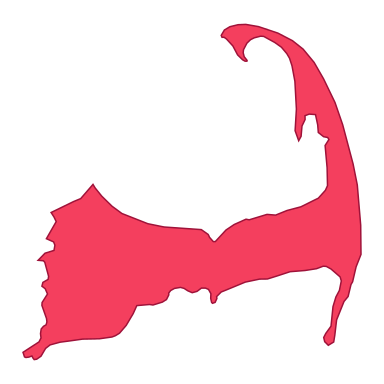 the district of Barnstable, Massachusetts, United States of America
{"feature_id": "52423323B82031073374827", "entity_name": "Barnstable", "entity_type": "district", "adm_level": 2, "iso_a3": "USA", "parent_name": "United States of America", "parent_adm1": "Massachusetts", "projection": "orthographic", "projection_center": [-70.291, 41.798], "detail": "fine", "context": "isolated", "style": "filled", "palette": "rose", "viewbox_px": 384, "rotation_deg": 0, "n_neighbors": 0, "source": "geoboundaries", "source_scale": "gbopen_adm2", "svg_char_len": 2361}
<svg xmlns="http://www.w3.org/2000/svg" viewBox="0 0 384 384"><path d="M34.2,359.6L36.7,359.2L41.0,356.2L45.6,348.4L50.1,344.9L60.0,342.2L69.9,340.9L82.7,339.1L82.8,339.1L83.2,339.1L94.7,338.9L95.1,338.9L96.8,338.8L99.2,338.8L112.0,337.0L115.4,335.7L119.5,333.2L126.2,325.4L131.0,317.3L133.2,313.6L136.8,305.6L149.5,304.5L153.0,305.0L162.4,302.1L166.5,299.5L168.8,294.9L168.7,293.1L170.7,290.5L174.5,288.4L180.5,287.4L184.1,288.4L187.8,290.8L192.2,292.7L197.0,291.4L201.4,288.1L205.5,288.1L208.5,289.4L210.9,293.7L210.7,298.4L211.6,302.4L212.5,303.3L215.1,302.4L216.9,298.5L216.6,296.6L221.2,292.0L225.7,290.2L245.3,282.1L259.6,279.1L267.4,279.0L277.6,275.8L290.1,271.7L305.0,270.5L316.5,268.7L323.2,266.2L326.3,266.4L331.0,269.0L340.1,276.9L341.3,280.9L339.4,290.4L335.9,297.0L333.0,306.6L331.0,326.2L325.8,333.4L323.7,337.5L324.7,341.7L328.3,345.3L333.7,342.0L334.8,335.3L336.6,319.9L344.0,301.5L348.1,296.5L351.0,284.5L352.6,281.8L356.1,266.8L361.0,254.4L360.7,225.2L357.3,185.0L353.1,164.0L342.7,124.8L335.0,102.5L323.6,78.9L314.1,62.4L303.1,49.1L292.5,40.7L277.9,33.1L258.5,26.6L245.8,24.4L238.1,24.7L229.9,26.7L224.4,30.0L221.2,35.4L222.0,37.3L224.1,37.3L226.5,39.0L232.9,46.0L237.6,54.9L242.6,59.8L245.1,61.2L246.9,61.2L247.1,60.4L244.2,56.7L243.2,52.8L243.5,49.7L246.9,43.2L250.5,39.7L254.3,37.8L260.6,36.2L263.7,36.4L274.8,42.5L281.4,47.2L286.8,53.6L289.5,58.2L292.0,65.8L294.9,81.4L296.4,109.1L295.1,130.7L298.7,140.7L301.1,136.3L302.0,126.0L305.1,119.5L305.0,115.7L309.2,114.1L315.5,114.6L317.7,124.9L318.3,132.5L323.6,136.7L327.7,137.5L328.9,139.5L325.1,145.5L327.1,167.8L327.5,185.7L325.4,190.3L318.3,198.2L314.6,200.0L300.9,206.8L287.0,210.5L275.6,215.1L267.0,214.4L249.2,219.8L246.0,219.2L234.2,224.5L226.0,230.0L215.3,241.6L213.3,241.6L209.5,237.3L208.9,235.9L208.2,234.5L201.3,229.6L164.2,227.0L160.6,226.3L147.8,223.7L121.9,213.5L112.0,206.2L101.7,196.1L95.1,187.9L93.0,184.4L80.7,198.6L73.7,201.5L51.1,212.5L54.0,217.0L56.2,221.6L46.4,238.7L53.6,241.9L54.9,245.2L54.0,250.4L45.0,253.2L38.1,260.3L43.5,260.8L44.8,262.3L48.0,274.1L48.6,276.4L48.1,279.4L42.9,282.4L41.9,286.2L45.2,288.7L47.5,294.0L42.1,302.5L41.9,305.4L46.5,318.5L46.9,321.9L46.1,324.8L43.5,326.3L41.2,329.0L40.5,333.6L41.0,338.0L39.0,341.9L23.0,352.3L24.5,356.9L25.9,357.5L28.9,357.1L31.9,356.0L33.0,358.1L34.2,359.6Z" fill="#f43f5e" stroke="#9f1239" stroke-width="1.5"/></svg>